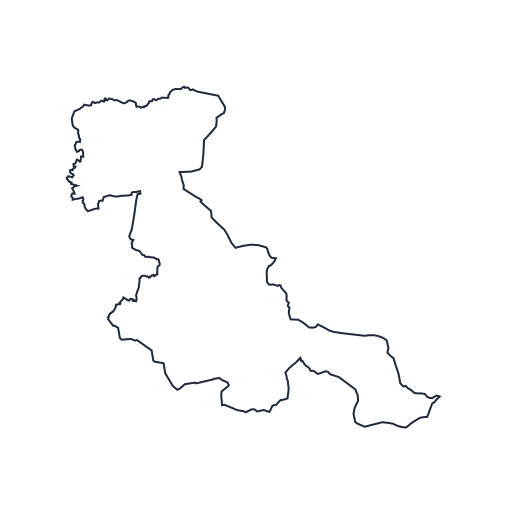 Ikara, Kaduna, Nigeria (Mercator projection), rotated 9°
{"feature_id": "59680162B12574760496394", "entity_name": "Ikara", "entity_type": "district", "adm_level": 2, "iso_a3": "NGA", "parent_name": "Nigeria", "parent_adm1": "Kaduna", "projection": "mercator", "projection_center": [8.11, 11.312], "detail": "fine", "context": "isolated", "style": "outline", "palette": "slate", "viewbox_px": 512, "rotation_deg": 9, "n_neighbors": 0, "source": "geoboundaries", "source_scale": "gbopen_adm2", "svg_char_len": 6039}
<svg xmlns="http://www.w3.org/2000/svg" viewBox="0 0 512 512"><g transform="rotate(9 256 256)"><path d="M276.0,255.1L271.8,255.4L269.7,253.8L267.7,250.9L266.1,247.3L264.7,245.9L256.5,244.9L248.9,245.7L241.6,248.0L234.5,251.1L229.7,246.9L224.8,239.9L220.5,234.9L211.9,229.2L206.1,224.8L204.5,218.5L196.6,213.7L192.6,210.8L193.5,209.4L190.7,207.9L188.7,207.5L174.0,201.1L173.5,197.3L171.0,192.4L169.9,189.4L167.4,185.0L178.1,183.0L186.7,179.3L188.7,176.3L188.1,164.0L186.6,149.5L192.6,140.7L196.3,134.3L196.0,128.2L195.3,125.8L200.0,121.2L202.0,119.8L202.5,115.4L202.0,113.6L193.6,103.6L172.6,102.8L167.9,101.7L167.5,101.3L166.0,102.2L164.7,102.3L163.6,101.0L162.4,100.2L161.4,100.4L160.4,100.9L159.6,101.0L158.6,100.0L157.1,101.0L155.7,102.9L150.2,103.7L147.8,104.9L145.6,107.5L145.1,109.2L145.2,109.8L144.3,111.0L144.4,112.2L144.7,112.8L144.4,113.6L138.3,114.3L137.8,114.6L136.9,115.6L134.7,116.1L133.8,117.4L132.4,117.7L130.5,116.9L129.6,117.3L129.4,117.7L129.4,118.8L129.1,119.4L128.3,119.6L127.2,119.6L126.3,120.1L126.1,122.2L125.1,123.1L124.8,124.4L124.2,124.9L123.7,124.9L122.4,125.6L122.4,126.4L122.0,126.7L121.1,126.4L120.0,126.7L119.2,127.6L117.5,126.6L115.3,126.9L114.8,127.3L114.4,127.1L114.0,126.1L113.5,123.8L111.2,122.6L107.2,122.0L105.4,122.8L103.9,124.6L101.6,125.9L99.8,125.5L94.2,123.7L91.9,124.4L89.7,123.6L86.0,123.5L85.0,125.4L83.6,125.5L82.9,124.0L82.3,123.9L81.7,125.0L82.1,126.5L81.6,127.3L78.9,126.8L77.1,128.9L75.2,129.1L72.8,130.2L71.1,129.2L70.0,130.0L69.4,133.1L67.3,133.6L62.6,133.4L62.0,135.1L58.4,138.7L55.9,140.2L54.0,141.7L52.7,147.9L52.6,149.3L53.9,153.7L54.7,155.7L55.7,157.0L57.2,157.9L60.4,159.0L60.8,159.6L61.1,162.8L62.3,164.8L62.9,167.1L64.2,168.3L64.2,170.9L63.0,170.8L60.7,171.6L60.5,173.4L59.8,174.5L59.9,176.4L60.3,176.8L60.7,178.2L62.9,181.2L64.8,179.9L65.2,178.9L67.2,178.1L67.5,178.3L68.8,180.1L69.7,183.9L69.8,185.0L67.7,185.0L67.8,190.2L67.3,190.5L64.8,188.9L63.9,188.8L63.6,190.9L63.0,192.9L61.4,193.7L61.3,193.9L61.8,195.0L61.9,196.1L62.4,196.5L63.6,196.1L63.4,197.1L62.8,197.3L61.7,198.5L61.5,199.9L60.2,199.8L59.1,200.1L59.1,202.1L60.5,203.4L62.1,203.7L63.3,204.7L62.8,205.7L62.1,207.0L60.0,206.6L58.0,206.7L58.0,207.2L57.1,208.1L56.8,208.8L58.8,210.9L59.9,211.4L60.2,212.1L62.2,212.2L62.0,213.7L68.4,214.5L65.9,215.7L63.8,217.9L66.1,220.8L67.1,222.8L64.9,222.9L64.3,224.4L64.2,225.8L64.6,226.3L65.9,227.2L66.1,229.1L68.6,228.0L71.9,227.0L75.7,225.1L76.4,226.4L76.5,227.1L76.6,228.1L76.2,228.4L76.7,229.5L76.4,229.9L77.5,231.3L78.1,231.4L78.7,232.2L78.8,233.6L80.1,235.7L82.7,238.0L85.5,236.8L88.2,235.2L91.3,234.0L93.0,233.8L91.8,229.6L92.6,226.6L92.5,226.2L93.8,225.6L95.8,225.5L96.5,221.5L97.3,221.1L102.1,218.8L106.9,219.3L109.4,219.0L114.5,217.4L119.5,216.4L123.4,215.2L123.3,213.9L123.6,212.6L124.0,212.3L127.3,211.5L128.3,211.5L128.9,210.9L130.6,210.6L130.7,210.2L131.3,210.0L132.1,212.6L129.4,213.5L129.0,218.8L129.3,234.0L129.2,248.6L127.7,256.2L128.7,258.0L129.5,258.7L129.8,259.2L132.3,259.4L131.2,262.6L131.3,263.2L132.2,265.5L132.1,267.1L133.0,267.6L136.9,269.0L138.8,269.0L139.7,269.3L140.9,269.9L143.4,272.5L144.1,272.8L145.5,272.7L146.9,274.1L150.1,273.7L150.4,273.5L151.2,273.8L154.2,273.5L156.2,273.7L158.6,274.8L159.0,274.8L159.9,274.4L160.9,275.6L161.5,277.6L162.2,278.8L162.1,280.4L160.7,281.5L160.5,282.4L160.6,285.1L160.9,286.0L160.8,286.7L161.4,289.7L160.5,290.0L159.6,291.0L159.2,290.9L158.8,291.7L158.3,291.3L158.1,291.4L157.7,290.7L157.2,291.3L156.3,291.3L155.8,292.4L154.4,293.0L154.3,293.8L153.6,294.2L153.0,293.6L152.0,293.1L151.6,293.4L149.0,293.0L146.9,293.3L145.7,294.2L145.4,295.7L144.5,296.1L144.9,299.0L145.1,305.8L144.5,308.3L143.7,313.6L144.7,316.7L144.8,318.3L144.6,319.5L141.5,319.5L142.0,318.3L138.9,317.8L137.9,318.9L138.0,319.7L136.7,319.9L131.5,317.7L131.4,319.1L129.6,321.9L128.5,323.9L129.5,324.4L129.3,324.8L127.3,325.2L126.7,325.7L125.4,326.0L125.4,328.2L124.7,331.0L124.3,331.4L123.8,332.6L123.7,333.2L122.7,333.7L122.1,334.8L120.9,335.4L120.9,336.0L120.0,337.5L120.2,338.3L119.4,339.7L119.8,339.8L120.2,341.1L119.9,341.6L125.8,347.3L126.9,346.9L131.1,348.6L134.3,358.2L136.3,359.7L145.2,357.5L150.1,358.5L151.5,357.6L167.7,365.6L170.9,375.3L172.2,376.2L181.5,376.4L184.7,386.0L194.1,397.3L199.2,400.4L201.6,398.8L205.8,393.7L215.7,390.6L216.7,391.2L233.4,384.4L233.6,383.9L239.1,382.2L241.0,383.5L247.6,385.4L249.4,387.7L248.6,389.2L243.2,395.2L243.4,398.8L245.8,408.7L247.8,407.9L257.6,410.1L258.2,410.5L262.3,411.2L268.4,411.3L270.3,412.0L275.4,408.3L277.8,407.7L278.6,407.8L281.3,409.3L282.0,409.2L287.7,406.9L293.6,407.9L294.0,407.2L295.7,401.2L299.1,399.9L302.4,394.9L302.9,394.4L303.2,394.2L303.9,394.4L309.4,391.7L309.1,382.7L308.8,381.2L306.8,373.9L305.7,372.6L305.1,370.3L303.3,366.5L306.2,361.7L312.7,354.1L315.7,349.6L316.5,350.7L316.4,351.9L317.1,352.6L318.2,352.3L319.6,354.0L322.2,356.4L324.8,357.6L326.6,358.8L327.4,360.6L328.8,360.9L330.7,360.4L335.6,362.9L342.7,359.0L345.2,359.1L347.7,361.2L356.7,362.6L375.0,372.2L378.4,378.1L379.5,383.3L377.2,390.2L377.0,396.6L379.9,404.3L382.1,405.6L390.1,407.6L406.5,400.5L412.4,400.1L417.6,400.3L422.8,401.7L426.3,402.1L430.7,402.0L433.0,399.9L435.2,397.2L439.2,393.5L443.6,390.0L447.3,388.8L450.3,388.1L453.1,374.2L455.3,372.2L456.6,369.7L459.4,366.0L456.5,365.5L453.8,367.4L452.4,368.8L450.3,369.0L447.4,368.5L444.2,365.8L440.0,365.9L436.8,366.5L433.9,366.5L430.0,364.1L426.6,362.8L424.3,360.9L422.0,361.8L420.4,360.7L418.4,359.1L415.2,350.0L410.8,341.6L407.8,335.4L405.1,334.0L401.0,331.0L401.1,326.0L398.2,318.8L394.0,316.9L389.0,315.9L384.7,315.8L380.2,316.5L375.9,317.8L355.3,318.7L344.4,318.8L340.2,318.2L334.7,316.1L327.8,313.9L326.2,316.7L323.8,317.8L319.8,318.3L312.5,314.2L307.6,312.3L300.2,313.2L298.7,310.5L297.3,307.1L297.1,304.9L297.2,301.9L295.5,300.7L295.2,299.8L295.7,297.2L292.9,295.0L292.6,290.8L291.7,288.2L285.8,283.3L284.8,281.2L283.1,281.1L282.3,282.1L277.2,281.4L275.0,282.1L273.3,282.2L270.9,279.8L269.2,271.0L269.0,267.9L270.2,263.9L271.8,263.2L272.9,261.7L274.4,259.4L275.3,257.3L276.0,255.1Z" fill="none" stroke="#1e293b" stroke-width="2"/></g></svg>